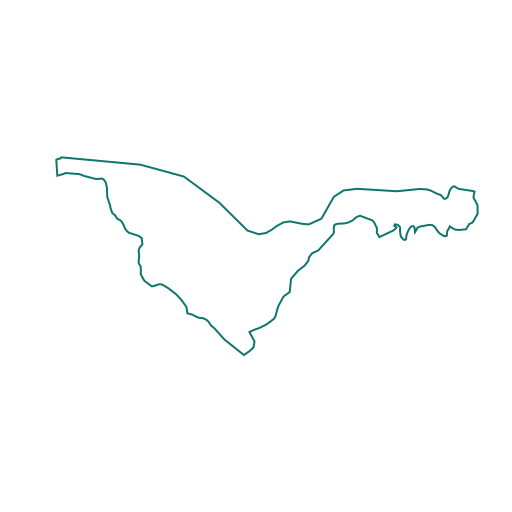 Geylegphug, orthographic projection, rotated 189°
{"feature_id": "BTN-2482", "entity_name": "Geylegphug", "entity_type": "District", "adm_level": 1, "iso_a3": "BTN", "parent_name": "Bhutan", "parent_adm1": "", "projection": "orthographic", "projection_center": [90.239, 26.953], "detail": "fine", "context": "isolated", "style": "outline", "palette": "teal", "viewbox_px": 512, "rotation_deg": 189, "n_neighbors": 0, "source": "natural_earth", "source_scale": "10m", "svg_char_len": 2624}
<svg xmlns="http://www.w3.org/2000/svg" viewBox="0 0 512 512"><g transform="rotate(189 256 256)"><path d="M86.4,345.7L83.6,345.3L82.3,344.6L79.5,342.1L78.1,342.0L76.3,343.5L75.6,345.5L75.4,347.3L75.2,348.2L75.3,349.0L74.7,351.3L73.6,353.9L71.9,355.7L70.7,355.7L67.3,354.3L66.0,354.0L52.1,354.1L50.2,353.8L50.2,353.7L50.4,352.2L50.4,348.1L49.8,346.8L47.8,344.5L45.1,340.6L43.7,332.4L47.3,323.0L50.4,320.9L52.8,315.2L59.1,313.6L60.8,313.3L63.2,313.3L64.6,313.5L69.2,315.6L69.8,313.3L70.3,312.3L70.9,310.8L71.0,309.2L70.7,306.0L71.7,305.2L73.7,305.2L78.3,307.1L80.6,309.1L84.2,312.9L86.6,314.0L89.8,313.9L98.8,310.6L100.8,309.4L102.7,304.5L103.3,306.6L103.5,307.6L103.8,308.7L104.4,309.5L105.4,310.1L106.7,309.9L107.9,308.8L109.3,305.7L110.2,302.4L110.6,299.6L110.5,296.0L111.4,295.1L112.8,295.3L115.8,297.6L116.9,300.3L117.7,303.3L117.9,305.9L118.7,307.6L120.4,308.7L122.3,309.1L123.8,308.9L124.1,307.4L123.4,307.3L122.5,306.8L121.7,306.1L123.0,304.2L124.3,302.7L137.1,294.0L140.3,297.8L140.9,302.4L144.8,308.0L147.0,309.5L151.7,310.4L159.5,312.0L162.3,310.6L164.2,308.8L165.8,306.5L170.3,303.4L173.8,302.0L180.1,300.7L182.3,299.8L183.6,298.3L183.5,295.6L183.4,294.5L183.2,293.6L182.9,292.7L182.8,291.5L183.1,290.0L195.4,271.2L200.9,267.6L203.3,263.3L203.6,259.4L206.5,254.1L212.3,247.9L217.8,239.0L217.1,225.7L222.5,220.2L225.9,210.7L226.6,206.9L227.4,199.2L228.4,196.8L233.3,191.6L236.0,189.3L241.5,185.4L245.6,183.2L250.6,179.9L244.1,171.4L244.2,165.3L247.4,161.2L252.4,156.3L274.2,168.6L285.4,177.8L289.8,180.5L292.5,183.6L294.5,184.9L296.1,185.6L297.6,186.0L299.1,186.3L300.6,186.1L302.6,186.1L304.6,186.4L309.7,188.1L314.8,188.7L316.8,194.9L323.1,201.2L328.9,205.7L337.7,210.5L342.8,212.6L344.7,213.1L346.6,213.1L348.4,212.4L351.2,210.9L354.1,209.7L362.3,214.0L365.4,217.7L367.0,220.1L367.5,224.2L368.3,227.6L370.4,230.1L371.1,232.1L371.2,236.2L371.5,238.5L372.5,241.6L372.8,243.4L372.1,246.4L370.0,249.7L371.7,255.8L374.9,257.5L385.3,259.1L387.1,260.2L389.4,262.3L392.3,266.9L394.6,269.4L396.1,270.3L398.1,270.7L399.5,271.8L401.4,274.0L404.7,276.0L407.2,280.6L408.0,283.1L411.7,290.1L412.4,292.1L413.9,300.2L416.1,305.4L418.1,307.5L420.0,308.4L425.9,307.0L438.7,308.2L441.9,309.0L443.7,309.2L456.5,308.2L457.7,307.8L458.9,307.0L464.8,304.2L468.3,319.7L467.4,320.5L466.5,321.0L464.4,321.7L463.7,323.0L384.7,328.1L339.7,323.2L300.6,302.9L268.4,279.8L256.7,277.9L249.7,280.3L244.7,284.3L240.0,289.0L234.3,293.4L227.9,295.5L215.1,295.0L208.8,295.5L197.2,303.1L188.4,326.6L179.7,334.5L166.5,338.2L126.9,342.0L104.9,347.8L97.4,348.5L93.9,348.0L86.8,345.8L86.4,345.7Z" fill="none" stroke="#0f766e" stroke-width="2"/></g></svg>